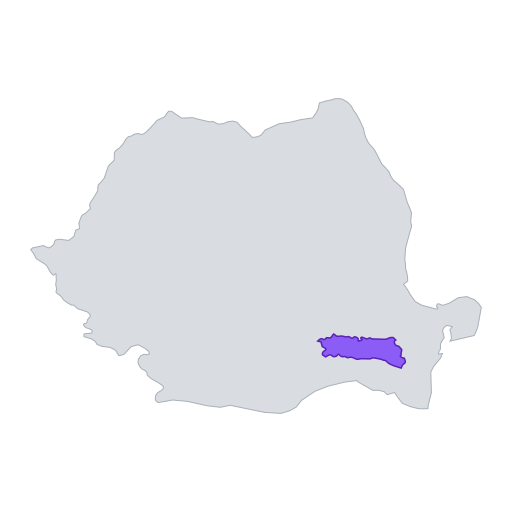 Ialomita highlighted on a map of Romania
{"feature_id": "ROU-132", "entity_name": "Ialomita", "entity_type": "County", "adm_level": 1, "iso_a3": "ROU", "parent_name": "Romania", "parent_adm1": "", "projection": "mercator", "projection_center": [27.089, 44.61], "detail": "fine", "context": "in_parent", "style": "filled", "palette": "violet", "viewbox_px": 512, "rotation_deg": 0, "n_neighbors": 0, "source": "natural_earth", "source_scale": "10m", "svg_char_len": 5571}
<svg xmlns="http://www.w3.org/2000/svg" viewBox="0 0 512 512"><path d="M410.2,294.5L415.2,301.5L421.6,305.2L436.3,309.1L437.6,308.7L437.7,307.9L436.7,306.9L436.6,305.6L437.3,304.0L439.3,303.9L442.6,305.4L449.0,303.3L458.3,297.7L466.9,296.6L474.7,299.9L478.7,303.7L481.3,307.4L480.5,311.9L480.0,314.7L477.9,326.3L476.5,330.6L474.2,335.5L450.0,341.2L451.5,338.5L451.0,333.6L449.9,329.9L452.2,326.6L446.8,325.4L444.4,327.2L442.5,330.4L444.2,337.7L441.5,341.7L440.5,344.0L440.4,349.3L438.8,351.6L438.5,354.1L442.4,353.5L440.6,358.0L433.4,366.8L430.8,372.1L431.4,392.8L428.2,405.1L427.9,408.7L420.2,408.8L417.9,408.5L410.6,406.7L402.4,403.4L397.6,397.1L394.6,392.5L387.6,394.6L386.3,394.0L384.4,391.8L379.2,390.4L372.7,390.3L358.2,382.0L356.6,380.6L345.2,382.0L328.1,386.1L315.1,391.2L301.7,400.2L296.2,407.1L289.9,410.7L280.9,413.4L264.8,412.4L248.1,409.0L230.1,405.3L220.4,407.3L207.3,405.8L187.5,401.4L172.7,400.0L158.2,402.6L155.7,400.6L155.2,398.4L155.8,395.1L157.8,392.5L161.3,390.6L163.2,388.6L163.4,386.5L159.4,383.3L151.3,378.7L148.0,375.9L147.2,375.2L147.0,372.7L145.3,370.7L142.1,369.2L139.7,366.6L138.0,362.8L138.3,359.2L140.8,355.8L143.9,354.3L147.8,354.7L149.4,353.8L148.7,351.4L145.0,348.4L138.1,344.7L131.1,346.7L124.0,354.4L118.9,355.7L115.7,350.4L110.1,347.4L102.1,346.4L97.1,344.4L95.2,341.4L91.7,339.0L84.0,336.6L83.9,334.2L85.1,333.7L87.9,333.5L91.6,333.0L92.2,331.6L92.2,330.4L89.3,328.8L86.3,327.8L84.8,326.7L83.8,325.6L83.6,324.3L84.5,323.5L85.7,323.4L86.8,322.7L87.5,319.9L89.1,317.5L90.2,316.7L90.2,315.0L89.0,313.3L87.4,312.0L85.0,311.1L77.6,308.7L73.9,305.2L71.6,305.1L68.0,303.2L64.0,300.3L60.7,296.0L57.0,293.3L56.1,292.2L56.0,291.1L56.7,289.9L56.6,288.6L55.7,284.5L56.3,280.1L56.1,276.0L56.1,274.1L55.4,273.6L54.8,274.2L53.9,275.0L53.0,275.1L50.3,272.1L46.9,265.9L44.6,263.9L40.1,261.1L36.3,258.7L33.6,253.5L30.7,249.6L32.6,247.9L43.4,245.6L48.4,247.9L50.7,247.0L52.9,245.2L54.1,243.7L54.3,242.1L55.4,240.1L59.1,239.2L68.7,240.4L72.6,237.6L74.1,236.1L74.9,232.8L75.9,230.1L79.4,228.7L79.4,226.2L78.8,223.5L80.8,217.6L82.1,215.1L84.0,214.2L86.4,212.4L90.5,208.4L89.5,205.0L90.4,202.5L94.6,196.3L97.9,190.4L97.8,187.4L98.3,184.8L101.2,181.9L104.2,178.2L108.2,166.5L109.6,164.6L112.2,162.3L114.2,160.1L114.4,152.4L116.2,150.2L119.8,147.7L123.2,143.7L126.1,138.9L128.3,136.7L131.2,136.1L134.3,134.2L137.8,133.5L141.2,134.4L143.4,134.0L146.6,131.7L155.0,122.9L156.2,121.1L157.9,119.9L164.6,116.9L166.4,113.9L168.7,111.2L171.7,111.4L181.5,118.1L192.0,117.7L193.9,117.9L194.5,118.1L195.8,118.6L209.7,121.9L211.9,121.6L212.5,121.3L218.1,124.1L223.1,123.7L227.8,121.8L232.7,121.1L237.2,122.3L240.6,126.2L249.5,134.4L252.2,137.4L256.3,137.0L260.8,135.4L265.3,129.9L279.3,123.7L290.1,122.2L300.5,119.7L312.6,117.9L316.1,112.8L318.0,109.3L319.4,102.9L325.9,101.0L332.1,99.7L334.3,98.8L338.8,98.6L342.3,99.1L347.7,102.3L351.5,106.3L353.0,109.5L356.3,114.0L359.7,120.3L363.5,128.6L364.3,132.8L365.7,137.4L368.5,142.9L373.8,149.0L374.6,150.2L377.0,154.5L381.7,164.0L385.6,167.8L389.0,171.9L390.7,176.1L393.1,179.8L398.8,184.8L403.5,189.4L407.2,202.3L409.8,208.3L411.5,212.8L410.7,222.0L411.7,226.0L409.6,233.1L405.7,247.5L404.8,258.9L405.5,265.0L405.6,269.0L406.5,271.5L407.5,276.6L407.7,281.1L406.3,282.4L404.4,283.5L403.6,284.4L405.4,286.4L407.8,290.2L410.2,294.5Z" fill="#d9dde1" stroke="#a8b0b8" stroke-width="1"/><path d="M325.5,356.9L324.4,356.0L322.9,355.2L322.5,354.7L322.4,354.1L322.4,353.6L322.6,353.0L322.8,352.4L323.1,352.0L323.5,351.5L325.4,350.2L325.7,349.9L325.9,349.3L325.8,348.8L325.4,348.4L322.5,346.7L322.0,346.1L321.9,345.6L321.9,345.0L321.7,344.5L321.4,343.8L321.3,343.2L321.2,342.2L321.0,341.8L320.5,341.6L318.6,341.4L317.7,341.1L319.4,339.5L321.0,338.7L321.7,338.7L322.2,338.8L323.3,339.4L324.4,339.5L324.9,339.3L325.4,338.8L325.8,338.4L326.4,337.8L327.0,337.7L329.6,337.9L330.3,337.7L330.9,337.4L331.5,337.0L331.8,336.6L332.4,335.5L333.6,334.0L334.7,334.6L336.3,336.0L337.1,336.2L338.3,336.3L341.4,336.0L344.3,336.5L344.8,336.8L345.3,336.9L346.0,336.9L347.7,336.6L348.6,336.6L349.7,337.0L351.1,337.9L351.8,338.2L352.5,338.2L353.1,337.8L353.6,337.3L354.2,336.9L355.0,336.8L356.1,337.1L356.8,337.5L357.5,337.9L357.9,338.4L358.2,338.9L358.2,339.3L358.2,339.8L358.1,340.2L358.1,340.5L358.2,340.9L358.4,341.0L358.7,341.1L359.0,341.0L360.4,340.5L361.5,340.2L361.9,340.0L362.1,339.7L361.9,339.3L361.6,339.0L361.1,338.6L360.8,338.3L360.8,337.9L361.0,337.6L362.0,337.1L365.9,338.7L366.7,338.8L367.6,338.8L368.7,338.2L369.6,337.9L370.2,338.0L370.8,338.3L372.1,338.9L385.1,339.3L387.0,338.9L388.0,338.5L388.9,338.0L389.9,337.7L392.1,337.4L393.2,337.6L394.0,338.2L394.4,338.7L395.8,340.0L395.1,340.5L394.5,341.2L394.2,342.1L394.6,343.3L395.2,344.5L396.1,345.5L397.0,345.8L398.2,346.0L399.0,346.5L401.5,349.3L401.7,349.7L401.7,350.3L401.4,351.9L401.1,352.6L401.1,355.0L400.8,355.6L400.3,355.8L400.4,356.3L401.0,357.0L402.1,357.6L403.3,358.0L404.2,358.1L404.5,358.7L404.9,359.9L405.3,361.3L405.3,362.3L404.8,363.1L402.8,364.7L402.4,365.2L401.2,368.1L393.9,365.8L389.6,363.9L387.7,362.6L386.6,361.5L385.9,360.8L385.3,360.5L382.7,360.0L381.3,359.3L374.6,358.0L373.2,357.9L372.0,358.1L370.6,358.7L369.8,358.9L361.3,358.7L358.5,359.2L357.1,359.3L356.0,359.0L352.5,357.5L351.4,357.3L350.4,357.2L347.7,357.7L346.8,357.5L345.4,356.7L344.8,356.5L344.1,356.6L343.4,356.7L342.2,356.7L341.3,356.4L340.5,356.0L338.9,354.4L338.5,354.2L338.1,354.3L337.7,354.6L337.0,355.6L336.6,356.0L336.2,356.2L335.0,356.6L334.2,356.7L333.5,356.6L332.9,356.4L331.4,355.3L330.7,354.9L330.1,354.8L329.3,354.9L325.5,356.9Z" fill="#8b5cf6" stroke="#5b21b6" stroke-width="1.5"/></svg>